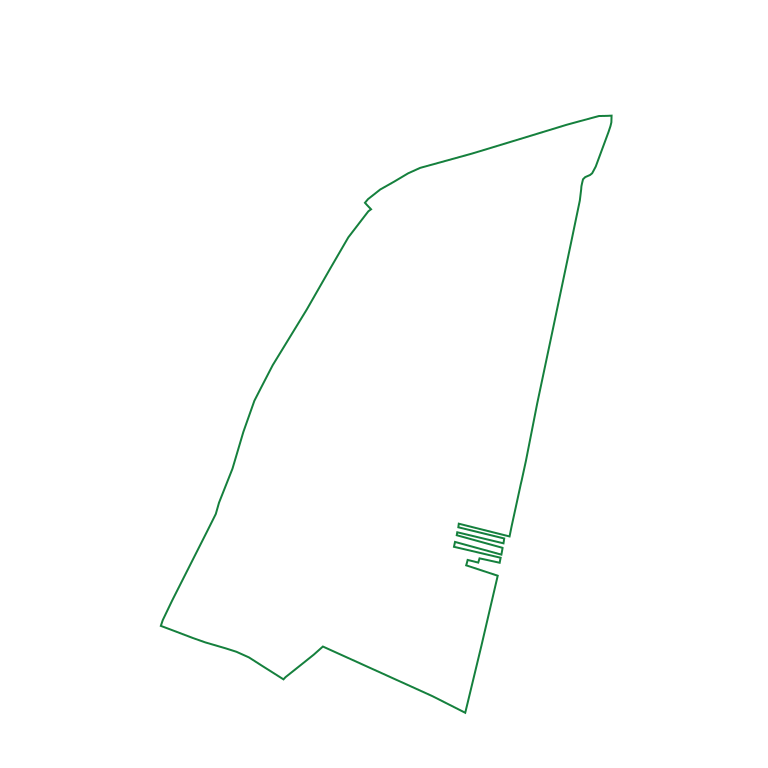 Shubra, Al Qahirah, Egypt (Natural Earth projection), rotated 192°
{"feature_id": "37247803B2980274366801", "entity_name": "Shubra", "entity_type": "district", "adm_level": 2, "iso_a3": "EGY", "parent_name": "Egypt", "parent_adm1": "Al Qahirah", "projection": "natural_earth1", "projection_center": [31.25, 30.072], "detail": "fine", "context": "isolated", "style": "outline", "palette": "green", "viewbox_px": 768, "rotation_deg": 192, "n_neighbors": 0, "source": "geoboundaries", "source_scale": "gbopen_adm2", "svg_char_len": 1376}
<svg xmlns="http://www.w3.org/2000/svg" viewBox="0 0 768 768"><g transform="rotate(192 384 384)"><path d="M440.3,557.3L437.8,555.5L433.0,552.2L435.2,549.7L436.9,546.2L449.4,520.0L460.4,486.4L475.0,440.9L496.8,379.2L503.3,355.5L507.3,340.7L511.6,307.9L514.6,269.7L520.7,233.6L521.5,221.9L526.4,203.0L545.9,129.3L546.3,127.7L546.7,126.1L551.3,107.1L551.9,101.9L552.0,101.0L544.7,99.9L518.2,95.8L505.1,94.1L483.8,92.5L472.7,91.4L459.3,88.5L446.3,83.6L420.9,74.2L420.1,75.6L419.3,76.9L409.3,89.0L396.4,104.7L389.2,114.5L271.6,88.7L236.2,79.3L235.9,89.4L234.3,148.4L233.4,194.8L232.9,220.1L265.9,223.7L265.7,226.5L265.6,229.3L259.4,229.1L254.7,228.9L254.5,231.1L254.3,233.3L247.7,233.3L233.7,233.2L233.8,237.7L233.8,238.3L281.7,239.3L281.7,244.3L233.7,241.5L233.9,247.9L234.0,248.4L281.4,251.2L281.5,254.2L234.0,253.0L234.3,257.9L281.5,259.3L281.8,262.9L232.4,261.1L229.5,261.0L229.6,271.3L229.5,290.0L229.4,310.4L229.4,314.4L229.3,318.3L229.2,338.4L230.1,396.8L230.2,472.3L230.4,560.7L230.6,604.2L231.6,615.3L232.0,618.4L232.0,621.7L231.9,625.6L230.2,628.2L227.0,630.5L225.9,631.3L224.2,633.4L222.1,640.7L216.8,677.1L216.1,683.3L216.0,687.2L217.2,693.8L219.1,693.3L221.8,692.6L229.5,690.8L246.7,682.0L259.3,675.5L309.0,648.0L345.8,627.7L393.6,602.9L404.2,595.1L416.2,584.0L428.1,573.5L438.0,561.6L439.4,559.0L440.3,557.3Z" fill="none" stroke="#15803d" stroke-width="2"/></g></svg>